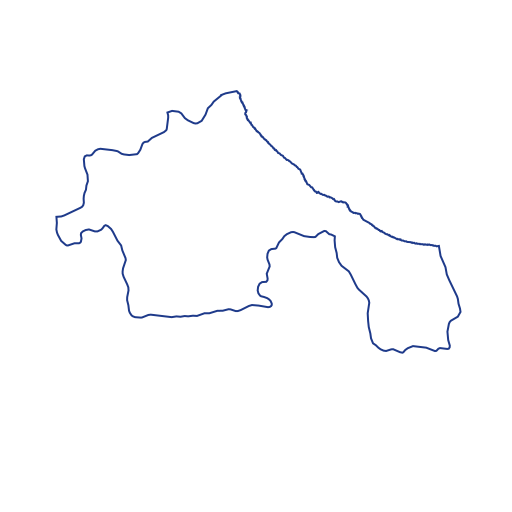 the district of Nagua, María Trinidad Sánchez, Dominican Republic, rotated 334°
{"feature_id": "3306468B71596371711370", "entity_name": "Nagua", "entity_type": "district", "adm_level": 2, "iso_a3": "DOM", "parent_name": "Dominican Republic", "parent_adm1": "María Trinidad Sánchez", "projection": "equal_earth", "projection_center": [-69.872, 19.343], "detail": "fine", "context": "isolated", "style": "outline", "palette": "blue", "viewbox_px": 512, "rotation_deg": 334, "n_neighbors": 0, "source": "geoboundaries", "source_scale": "gbopen_adm2", "svg_char_len": 6085}
<svg xmlns="http://www.w3.org/2000/svg" viewBox="0 0 512 512"><g transform="rotate(334 256 256)"><path d="M415.3,395.9L416.3,392.7L417.1,387.7L418.6,383.1L419.0,380.5L419.1,362.4L419.4,356.2L421.4,349.1L421.9,336.9L424.8,327.1L422.6,326.5L421.9,325.5L420.4,324.9L420.2,324.3L419.3,323.9L419.0,323.3L417.6,322.7L416.9,321.7L416.2,321.7L415.7,321.1L415.0,321.1L415.0,320.8L413.8,320.4L413.3,319.8L412.6,319.8L412.2,319.2L411.4,319.2L411.0,318.5L408.6,317.3L408.6,316.9L406.2,315.7L406.0,315.0L404.6,314.7L403.9,313.4L402.7,313.1L402.5,312.5L401.5,312.2L401.3,311.5L398.0,309.6L397.5,308.7L396.1,308.0L394.9,306.5L393.9,306.1L393.2,305.2L393.2,304.5L392.5,304.5L392.0,303.6L390.9,303.3L390.6,302.6L390.1,302.6L388.0,299.5L387.5,299.5L387.1,298.5L386.6,298.5L385.6,297.2L385.6,296.6L384.9,296.3L384.9,295.6L384.5,295.6L384.0,295.0L383.7,294.1L382.8,293.7L381.6,292.1L381.6,291.5L380.2,289.9L380.0,288.7L379.2,288.7L379.2,288.3L378.5,288.0L378.3,286.7L377.6,286.4L377.1,284.8L376.6,284.2L376.2,284.2L376.2,283.6L375.2,282.6L375.2,281.3L374.3,280.1L374.3,279.4L373.8,279.1L373.8,278.2L372.6,276.9L372.6,276.3L368.4,270.5L368.1,268.0L367.9,268.0L367.9,266.1L368.1,266.1L367.9,263.9L366.9,262.9L366.2,262.9L365.3,261.6L364.3,261.3L364.1,260.7L362.4,260.0L362.2,259.1L361.0,257.8L360.8,256.5L360.5,256.5L360.5,255.6L360.3,255.6L360.3,254.6L360.5,254.6L360.5,252.7L360.3,252.4L360.5,252.4L360.8,251.1L360.5,251.1L360.5,249.6L360.3,249.6L360.1,247.6L359.4,246.7L357.9,246.1L357.7,245.4L357.2,245.4L356.5,244.1L353.9,243.8L353.0,242.6L352.0,242.2L351.3,241.3L351.1,239.1L350.6,239.1L350.1,238.4L350.1,237.8L348.7,235.9L347.8,235.6L347.8,234.9L347.3,234.3L346.1,234.0L345.6,232.7L344.7,232.1L344.4,231.1L343.0,230.5L341.8,228.6L341.4,228.6L340.7,227.6L340.2,225.7L339.7,225.7L339.5,226.3L338.3,226.0L338.1,224.4L337.3,223.8L337.1,222.2L336.9,222.2L336.6,219.0L335.7,218.4L335.0,215.5L333.6,214.0L333.8,211.1L333.6,211.1L333.6,209.8L333.3,209.8L333.3,208.5L333.6,208.5L333.6,205.7L333.8,205.7L333.8,204.7L334.0,204.7L334.0,203.1L333.3,202.2L333.6,201.9L333.3,201.6L333.6,197.7L332.4,196.2L332.1,194.2L331.7,193.9L331.4,192.3L330.5,191.4L330.5,190.7L328.8,188.5L328.1,186.0L327.4,185.3L327.4,184.7L326.5,183.4L325.7,183.1L325.0,180.6L324.3,179.9L324.1,177.7L322.7,176.1L322.2,174.2L321.0,173.0L321.0,171.4L320.5,170.7L320.5,169.8L320.1,169.8L319.6,169.1L319.6,168.5L319.4,168.5L319.4,167.2L318.9,166.9L318.6,164.7L317.9,163.7L317.7,162.5L317.2,161.2L316.8,160.6L316.8,159.3L316.5,159.3L316.5,158.3L316.0,157.7L316.0,156.4L315.3,155.8L315.3,155.2L314.6,154.2L314.4,152.3L313.9,152.0L313.7,150.7L313.4,150.7L313.4,149.4L313.2,149.4L313.2,148.5L313.0,146.9L312.3,145.9L312.3,145.3L311.8,145.0L311.8,144.3L311.3,144.0L311.1,141.2L310.8,141.2L310.8,140.5L310.6,140.5L310.4,139.3L309.9,138.6L309.9,136.7L309.4,136.1L309.7,133.9L309.2,133.9L308.7,130.7L308.2,130.4L308.2,129.4L308.5,129.4L308.2,127.8L308.9,126.9L308.9,126.2L308.7,126.2L308.9,125.0L308.5,124.3L308.5,123.7L309.2,122.7L310.1,122.4L310.6,121.8L310.6,121.2L310.8,121.2L310.8,120.5L311.1,120.5L310.6,119.9L310.8,117.0L311.1,117.0L311.1,115.4L310.8,115.4L311.1,112.3L310.8,112.3L310.8,111.3L310.6,111.3L310.6,110.7L310.8,110.7L310.8,107.5L311.1,107.5L311.1,106.2L311.5,106.2L312.0,105.6L312.0,104.9L312.5,104.6L312.5,102.7L311.5,102.1L311.5,101.1L311.3,101.1L311.3,100.2L311.1,100.2L310.8,99.3L300.0,96.5L295.4,96.1L295.4,96.4L285.7,98.7L282.1,100.7L277.5,102.1L272.6,106.8L266.4,110.7L261.5,111.0L259.7,110.4L258.2,109.2L254.2,104.1L252.5,100.9L251.4,95.1L249.7,92.4L244.2,88.8L239.3,88.2L238.7,91.1L237.7,93.2L231.4,102.8L230.5,103.6L227.6,104.3L214.2,104.2L208.9,105.7L206.2,104.8L204.6,104.8L203.0,105.6L198.6,109.8L195.1,111.9L193.7,112.3L186.3,109.7L181.8,106.8L180.0,105.2L177.8,101.5L177.0,100.7L173.3,97.9L163.1,91.4L160.8,90.8L157.7,90.9L153.0,93.0L151.9,93.1L150.3,92.7L148.1,91.4L145.8,91.4L143.7,93.5L141.2,99.9L140.8,102.0L140.2,109.0L137.7,115.1L134.5,118.3L132.2,121.9L129.5,124.2L127.7,126.4L126.2,128.9L124.6,132.7L123.0,134.6L121.3,135.5L119.4,135.7L101.5,135.5L98.3,135.1L93.8,133.3L91.5,139.0L88.2,144.6L87.4,147.7L87.2,150.2L87.5,157.0L89.8,162.5L90.5,163.5L91.6,164.1L98.5,165.0L102.5,167.0L104.0,166.9L104.9,166.4L106.9,163.7L107.8,160.3L108.8,158.8L111.1,158.0L114.3,158.0L117.5,158.9L121.9,163.2L124.3,164.4L128.3,164.5L130.1,163.9L132.9,162.4L134.4,162.4L135.9,164.1L137.6,168.2L138.0,171.5L138.2,181.5L139.4,187.4L138.3,192.4L137.8,200.7L137.2,202.6L131.1,208.8L129.4,211.3L128.4,213.4L127.9,216.6L127.8,225.0L127.5,228.2L126.3,231.1L122.2,236.5L120.8,239.2L119.7,244.3L117.9,249.5L117.7,251.7L118.1,254.7L118.7,256.0L120.4,257.9L125.5,260.9L126.6,261.3L133.4,261.8L135.7,262.6L153.4,274.0L158.0,275.4L161.5,277.5L165.6,278.7L168.6,280.5L173.1,282.0L176.7,284.0L184.7,284.9L188.9,287.0L197.2,288.3L202.1,290.6L208.0,291.8L209.7,292.8L213.6,296.6L215.4,297.5L218.5,297.9L227.7,297.8L230.9,298.3L236.6,301.7L244.4,307.3L246.1,307.8L247.7,307.6L248.7,306.9L249.3,305.6L249.4,302.8L248.7,300.7L247.6,298.8L245.2,296.3L242.9,294.4L242.3,293.4L241.8,290.6L242.4,287.7L244.4,284.6L247.1,282.5L250.0,282.1L253.9,283.7L255.6,282.9L256.5,281.5L257.9,276.6L263.7,271.4L264.4,269.5L264.8,264.4L265.4,262.2L267.3,259.1L269.9,256.8L272.8,256.5L276.7,257.9L277.7,257.8L282.6,253.9L287.1,252.3L290.1,250.6L293.3,249.9L298.0,250.0L299.9,250.7L301.0,251.5L307.9,259.2L312.9,262.6L316.4,264.5L317.8,264.9L321.6,263.6L328.3,263.4L329.7,264.3L331.4,268.5L333.0,269.7L335.5,272.9L333.5,276.4L331.0,282.8L329.8,288.7L328.2,293.2L327.9,297.9L328.6,302.3L332.7,310.5L333.0,314.3L333.0,325.1L333.2,329.2L333.8,331.4L337.6,340.9L338.0,343.2L337.9,345.5L337.3,347.7L331.3,356.4L328.3,363.5L326.2,369.3L324.8,375.8L323.3,380.4L322.9,385.8L324.6,388.7L325.8,392.1L327.1,394.5L329.2,397.0L331.3,398.4L336.7,399.2L338.4,399.9L343.3,405.6L345.2,407.1L346.2,407.1L349.0,405.9L352.0,405.4L357.6,405.8L368.8,413.0L375.2,419.9L376.6,420.3L379.3,419.3L381.0,419.4L387.2,423.4L388.6,423.8L390.0,423.0L390.9,421.5L391.9,415.8L394.9,407.9L399.6,401.6L401.1,400.3L402.8,399.6L410.8,399.0L415.3,395.9Z" fill="none" stroke="#1e3a8a" stroke-width="2"/></g></svg>